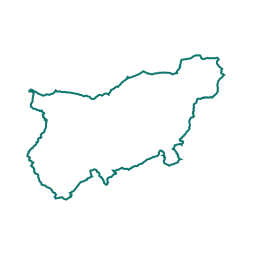 the district of Guaranda, Bolivar, Ecuador, rotated 260°
{"feature_id": "8360857B44914689230683", "entity_name": "Guaranda", "entity_type": "district", "adm_level": 2, "iso_a3": "ECU", "parent_name": "Ecuador", "parent_adm1": "Bolivar", "projection": "equal_earth", "projection_center": [-79.091, -1.439], "detail": "fine", "context": "isolated", "style": "outline", "palette": "teal", "viewbox_px": 256, "rotation_deg": 260, "n_neighbors": 0, "source": "geoboundaries", "source_scale": "gbopen_adm2", "svg_char_len": 5745}
<svg xmlns="http://www.w3.org/2000/svg" viewBox="0 0 256 256"><g transform="rotate(260 128 128)"><path d="M182.8,39.1L181.8,37.3L180.9,37.4L181.1,39.2L178.7,41.2L174.0,39.3L170.4,38.5L168.9,36.8L166.1,36.0L165.4,36.8L163.5,37.9L162.8,40.4L161.5,41.4L161.1,43.0L160.7,43.6L159.9,44.1L159.9,45.2L160.3,45.9L160.2,46.1L158.8,46.3L158.4,46.9L157.1,48.0L156.4,47.4L156.1,46.3L154.4,46.4L154.2,46.8L153.2,46.4L152.6,47.3L151.8,47.3L151.4,48.1L150.6,47.7L150.6,48.5L150.0,49.3L149.3,49.2L149.0,48.4L148.1,48.8L147.1,48.1L145.1,47.9L142.4,47.0L140.2,45.4L139.1,45.2L138.7,44.8L138.0,43.8L137.8,42.8L136.7,41.2L135.1,40.6L134.7,41.0L133.9,41.1L133.3,40.0L133.4,39.5L133.3,38.1L132.1,37.3L130.8,37.4L130.4,37.1L129.9,36.5L129.9,35.4L128.7,35.4L127.6,34.4L127.6,34.0L126.9,33.5L126.8,32.6L126.4,32.0L125.0,31.0L124.7,29.5L124.2,29.2L124.0,28.4L122.7,27.3L122.4,26.3L120.8,26.0L120.4,25.2L119.5,24.5L118.0,24.5L117.6,24.1L116.8,25.5L116.0,26.2L115.3,26.2L114.0,25.0L113.3,25.1L112.1,27.1L111.6,27.2L110.5,28.8L109.9,28.3L109.7,27.6L109.3,27.2L108.4,27.1L107.5,26.0L106.0,27.3L105.8,27.8L105.2,27.8L104.3,28.5L103.5,28.3L102.7,28.5L101.3,27.9L100.6,28.5L99.5,28.6L98.9,29.2L98.7,30.1L98.2,30.9L96.9,31.4L94.8,31.0L94.5,31.3L93.9,31.3L93.4,31.6L92.6,31.4L90.5,31.8L89.7,32.9L87.2,33.1L86.4,34.7L86.1,35.7L85.0,37.2L84.0,37.6L83.1,39.4L82.5,40.0L82.4,40.5L81.1,41.6L80.1,41.9L79.8,42.5L78.3,42.5L77.8,43.3L76.9,43.9L76.6,44.9L74.6,45.5L72.9,43.8L72.5,43.8L71.2,44.4L71.3,51.2L69.5,52.4L68.3,54.6L69.6,58.0L70.4,58.7L70.4,59.3L70.7,59.2L71.1,59.5L71.1,59.9L71.5,60.4L71.3,60.5L71.8,60.7L71.8,60.3L72.2,60.0L73.5,60.0L74.0,59.7L74.0,60.5L74.6,61.4L75.0,61.5L75.1,62.9L75.8,64.1L82.9,71.9L83.1,72.5L83.0,73.9L83.7,76.2L84.0,78.3L84.5,78.9L85.2,79.0L85.5,79.7L85.5,80.6L86.4,83.4L86.5,84.1L87.3,83.6L88.0,83.9L88.9,83.5L92.5,83.4L92.6,83.7L92.6,85.7L92.9,86.7L93.1,88.0L92.3,89.3L90.8,90.1L90.2,89.9L89.3,91.4L88.3,91.9L85.7,91.4L84.4,93.1L83.5,93.2L83.2,93.9L81.6,94.2L81.0,94.7L80.3,94.6L79.1,95.2L78.5,94.9L77.5,95.1L76.7,96.2L76.2,96.3L75.8,96.9L76.4,97.9L77.0,98.2L77.7,98.9L78.3,98.4L79.1,98.8L79.8,98.5L81.1,98.6L81.6,98.9L82.7,101.0L82.8,101.9L82.6,102.9L83.4,104.2L84.0,104.7L84.8,105.9L85.0,107.2L84.8,107.8L85.3,108.4L85.6,108.5L87.7,106.4L88.6,106.0L88.1,107.6L88.7,110.0L88.7,111.8L90.0,115.4L88.2,117.2L88.1,119.5L87.7,120.5L86.7,121.6L87.2,121.9L87.6,122.8L87.5,123.3L87.8,123.7L88.0,124.5L88.6,125.1L88.5,125.4L88.7,126.4L89.2,127.1L89.3,128.8L88.8,130.2L89.0,131.0L89.8,131.6L90.4,133.7L90.4,134.9L90.6,136.0L90.9,136.6L91.2,136.7L91.7,137.5L92.9,140.2L93.4,140.7L93.8,142.4L93.8,143.3L94.1,144.9L94.5,145.6L94.7,146.8L95.0,147.4L94.8,148.1L95.1,148.4L95.2,151.8L96.4,153.6L97.6,154.2L98.3,154.0L100.3,155.8L99.5,157.6L98.7,158.0L98.4,158.5L98.0,158.5L96.8,159.2L95.3,158.8L95.0,158.5L94.9,158.0L94.6,158.7L94.0,159.0L93.4,159.0L93.4,158.5L92.8,158.5L92.4,159.1L92.1,158.7L91.2,158.9L90.3,158.4L89.5,157.5L88.5,157.4L87.3,157.7L86.1,158.7L85.0,160.6L84.2,161.8L83.7,162.1L84.0,163.3L84.6,164.4L84.4,165.2L84.5,166.8L84.9,167.8L85.1,169.5L85.4,170.1L85.6,171.3L87.4,172.3L88.1,173.6L88.1,174.3L89.1,173.1L90.1,172.5L91.0,172.6L91.4,172.2L92.4,172.7L92.8,172.3L93.6,172.4L94.3,171.5L94.7,171.8L97.6,170.6L98.6,169.8L99.5,168.5L100.0,169.0L100.3,169.9L100.8,170.3L102.8,170.9L103.3,176.2L103.0,177.0L102.0,177.9L103.1,178.3L103.9,179.7L104.8,179.8L105.5,179.5L106.2,177.3L107.0,176.9L107.6,177.0L108.1,177.5L108.2,178.1L108.6,178.3L108.7,179.0L109.9,180.0L110.7,181.9L111.2,182.0L111.8,183.1L114.4,185.6L115.1,186.9L116.7,188.5L118.1,188.3L118.8,189.1L120.2,189.5L123.7,189.4L124.9,189.8L126.2,191.0L127.2,191.6L127.3,193.8L128.0,195.1L129.4,194.5L130.8,194.9L131.3,194.4L131.9,194.8L132.7,194.9L132.9,195.3L133.3,195.3L133.9,196.0L136.0,195.8L136.3,196.3L137.3,196.8L138.8,196.5L140.0,197.1L141.0,199.6L142.1,200.3L142.6,200.2L143.3,200.5L144.0,201.4L144.7,201.6L144.5,203.2L144.0,204.4L144.2,204.8L144.1,205.4L144.7,206.0L144.5,207.3L144.8,207.6L144.6,207.9L144.8,208.3L144.6,208.6L144.7,209.6L144.3,209.9L144.5,211.1L143.8,213.5L143.8,214.3L144.1,214.6L143.8,214.8L143.9,215.3L143.3,216.4L144.3,217.1L144.4,217.9L145.1,218.6L145.5,219.6L146.6,221.2L148.7,222.9L150.4,222.9L151.8,223.6L153.1,223.3L155.1,223.5L158.4,225.0L160.8,227.6L161.2,228.7L162.2,230.1L162.9,230.7L163.6,231.9L165.8,229.3L166.5,229.3L167.5,230.0L168.9,229.9L169.8,231.0L172.6,228.6L175.8,226.9L177.9,227.0L179.1,228.2L179.4,229.0L179.8,229.2L181.7,228.3L181.6,225.5L182.3,222.5L182.4,220.4L183.3,218.4L182.7,214.1L183.3,213.0L184.3,212.3L186.7,211.8L187.1,211.2L187.3,209.5L187.7,208.0L187.5,205.6L185.7,201.8L185.8,193.1L185.6,192.3L184.4,191.6L182.5,191.2L181.3,190.3L180.2,190.2L179.7,189.6L179.1,190.0L178.5,189.8L175.2,185.9L173.5,185.9L173.7,183.9L173.1,182.1L173.3,180.7L174.9,179.1L176.4,173.0L176.5,170.5L177.0,168.8L176.7,166.8L177.1,164.6L176.6,160.9L178.0,158.0L178.0,157.4L181.2,152.8L179.0,148.2L179.0,147.4L178.0,143.4L177.8,141.5L177.2,140.0L177.3,137.9L177.1,137.1L177.8,137.1L178.4,136.6L177.2,135.5L176.4,135.2L175.6,133.3L173.8,129.7L172.5,128.5L170.5,125.4L170.3,125.4L170.3,124.7L170.7,123.8L170.6,123.1L169.3,121.3L169.1,120.3L168.7,119.7L168.7,119.0L168.3,117.7L167.7,117.7L166.5,116.9L166.1,116.1L165.6,115.8L164.9,114.9L164.2,114.7L165.5,113.3L165.9,111.7L165.9,111.2L164.4,108.2L165.5,105.9L165.6,105.3L164.0,101.9L162.9,100.5L162.6,99.1L162.8,97.5L164.1,96.2L165.4,95.7L166.1,93.8L167.0,92.9L167.1,92.2L166.8,90.1L168.6,87.8L168.8,86.4L169.8,85.4L173.1,76.6L173.5,75.3L173.6,73.7L174.5,72.5L174.5,71.0L175.1,68.6L176.1,66.7L175.9,65.5L176.1,64.5L177.6,63.4L175.8,61.6L175.0,60.4L174.9,58.9L174.3,56.5L175.3,53.6L174.6,51.4L174.6,50.0L177.8,45.2L179.8,43.4L180.8,41.4L182.1,40.4L182.8,39.1Z" fill="none" stroke="#0f766e" stroke-width="2"/></g></svg>